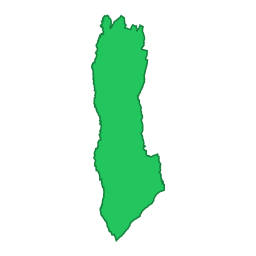 the district of Gianyar, Bali, Indonesia
{"feature_id": "22746128B44616450347238", "entity_name": "Gianyar", "entity_type": "district", "adm_level": 2, "iso_a3": "IDN", "parent_name": "Indonesia", "parent_adm1": "Bali", "projection": "equal_earth", "projection_center": [115.288, -8.482], "detail": "fine", "context": "isolated", "style": "filled", "palette": "green", "viewbox_px": 256, "rotation_deg": 0, "n_neighbors": 0, "source": "geoboundaries", "source_scale": "gbopen_adm2", "svg_char_len": 5739}
<svg xmlns="http://www.w3.org/2000/svg" viewBox="0 0 256 256"><path d="M100.2,209.2L100.3,210.4L100.7,210.8L100.6,212.8L101.4,215.3L101.7,215.8L102.3,215.8L103.5,218.4L104.5,219.3L104.6,219.9L104.9,220.5L105.3,221.0L105.9,221.0L106.3,222.2L106.9,222.4L106.8,223.4L107.2,224.6L107.1,226.0L108.5,228.2L109.2,231.2L109.9,231.8L110.5,231.7L111.3,232.1L111.3,232.9L112.0,234.9L113.6,234.9L114.2,234.6L115.2,236.9L116.3,240.6L119.2,237.5L121.8,235.7L122.3,234.7L124.2,233.1L124.9,231.6L126.4,230.2L126.8,229.4L128.1,228.6L128.3,227.6L129.8,225.6L130.2,223.6L132.0,221.5L134.1,219.8L137.1,218.1L138.0,217.1L139.0,217.0L140.0,216.2L140.1,214.6L140.5,213.8L141.1,213.3L142.1,211.2L145.3,208.1L147.6,206.8L148.8,205.3L152.0,203.4L152.7,201.8L153.6,201.0L153.9,198.8L154.6,197.1L156.5,194.4L158.0,193.0L160.1,191.6L164.1,190.3L164.2,189.5L164.2,184.6L163.9,184.4L163.7,184.9L163.4,184.6L163.3,182.5L162.5,183.0L162.9,182.1L162.8,181.4L162.3,181.6L161.6,181.2L161.3,181.6L161.5,180.3L162.0,180.2L161.8,179.7L161.5,179.7L161.6,178.8L161.1,178.4L161.0,176.7L160.7,176.4L161.1,175.8L160.8,175.6L160.9,175.0L160.5,173.9L160.6,173.5L160.1,173.3L160.0,172.9L159.4,172.6L159.1,172.0L159.2,171.7L159.9,171.6L160.6,170.3L160.6,169.8L160.0,168.8L160.4,167.5L159.9,166.5L160.3,166.2L160.2,165.9L160.7,164.7L160.2,163.1L159.6,162.7L159.4,162.1L159.0,161.7L158.9,156.5L157.7,155.8L157.6,154.2L153.8,155.5L151.2,156.8L149.9,156.7L148.9,155.7L147.0,155.9L146.8,155.1L146.1,154.5L146.0,154.0L146.4,153.0L146.1,152.2L146.3,150.7L145.3,150.4L144.8,150.5L144.4,149.7L143.4,148.9L143.7,147.1L145.1,146.5L144.8,145.7L143.7,145.5L143.6,144.2L143.9,143.4L143.2,139.6L142.6,139.1L142.5,136.3L142.1,135.1L141.0,134.0L141.3,133.7L141.7,132.5L142.3,131.6L142.8,129.9L142.6,128.4L142.8,128.0L142.5,127.5L142.7,126.8L142.7,125.0L142.0,122.1L141.4,120.9L141.3,119.4L142.1,118.6L142.5,116.9L142.1,115.0L141.5,114.5L141.4,111.6L140.6,110.7L141.2,108.2L140.9,106.5L139.2,103.1L139.4,102.2L139.3,100.3L138.0,99.6L138.3,98.9L137.8,97.9L138.1,97.3L137.7,96.6L137.6,95.9L138.0,95.5L138.3,96.0L138.5,95.7L139.1,93.8L140.3,92.5L140.4,91.1L141.6,89.3L142.1,87.5L142.5,87.4L142.5,86.3L143.2,85.3L143.5,83.4L144.3,82.7L144.4,80.4L144.1,79.4L144.6,79.1L144.1,75.5L144.7,73.7L144.7,72.7L145.3,71.9L145.1,71.2L145.3,69.9L145.8,69.0L146.2,67.6L146.2,66.7L146.6,66.0L147.2,63.1L147.4,59.9L146.2,59.9L145.5,58.2L146.9,55.7L147.2,50.7L141.7,49.4L141.7,48.1L142.1,47.9L142.9,46.4L143.3,46.3L144.0,45.1L143.7,44.6L143.7,43.2L144.1,43.2L144.2,42.9L143.8,42.4L143.8,41.3L143.9,40.2L144.4,39.9L144.4,36.8L143.8,35.7L143.8,34.9L143.1,32.8L142.5,31.9L142.5,28.9L143.1,26.8L140.1,25.2L140.1,26.0L139.4,26.9L139.2,27.8L138.3,29.0L137.7,29.4L137.3,30.7L136.9,30.8L137.0,29.0L136.2,27.6L136.5,26.1L134.7,25.9L133.0,24.9L131.9,26.1L131.3,27.4L130.9,29.4L128.9,29.2L126.4,28.1L124.9,27.9L125.2,26.7L126.1,25.2L124.4,23.3L124.7,23.0L124.7,21.9L124.2,19.3L124.3,17.9L121.1,15.7L119.9,17.6L118.3,18.5L117.7,19.5L117.0,19.7L116.1,20.9L114.5,21.4L113.5,23.8L112.5,25.0L112.3,26.0L111.6,26.6L111.1,27.8L110.5,28.3L110.2,28.2L110.2,27.4L111.0,24.6L111.2,22.7L111.1,21.1L110.5,19.1L109.1,18.0L108.5,16.5L108.6,16.3L107.9,16.2L107.4,15.4L105.9,16.1L104.6,15.9L104.6,16.3L103.6,17.0L103.4,18.0L102.8,18.2L102.6,19.0L103.5,20.1L102.8,21.0L101.6,21.1L102.0,22.5L102.4,22.8L102.4,23.4L101.7,24.3L101.9,25.0L101.0,25.0L100.4,25.8L101.3,27.1L102.2,27.1L102.4,27.5L103.1,28.0L103.1,28.3L102.6,28.8L102.7,29.2L102.9,30.6L103.3,31.1L103.4,31.8L103.7,32.0L103.0,32.7L103.1,33.5L102.9,33.8L103.1,34.2L102.5,34.0L101.8,34.4L101.7,33.8L101.3,33.7L100.9,35.2L100.5,34.9L99.8,35.2L99.8,35.6L100.1,35.7L100.2,37.1L99.4,37.1L98.9,37.8L99.0,38.6L98.4,39.6L98.4,40.5L97.8,40.9L97.8,41.2L98.2,41.5L98.0,42.1L97.4,43.0L97.4,43.8L96.8,44.1L96.2,45.0L96.6,47.2L97.3,47.6L97.3,49.2L97.5,49.7L97.2,50.8L96.4,51.3L95.7,52.8L96.3,52.7L96.3,54.1L96.7,54.7L96.5,55.4L96.7,56.0L96.3,56.8L96.2,57.7L95.1,58.9L95.2,59.4L94.8,60.4L95.1,61.1L94.8,62.5L93.4,62.4L93.2,63.7L92.7,63.8L91.9,65.4L92.2,65.8L91.8,66.7L91.8,67.6L92.4,68.3L92.4,69.2L92.6,69.5L93.1,69.5L93.2,69.8L93.0,71.1L93.3,71.8L93.1,72.6L93.3,73.5L92.9,74.4L93.5,75.3L93.2,77.6L93.6,78.1L93.0,79.2L93.6,79.7L93.6,80.3L94.1,80.8L93.7,81.2L93.5,83.8L93.6,84.2L94.1,84.4L94.5,85.8L94.3,87.1L94.8,88.0L94.4,90.5L95.7,91.6L95.8,92.6L95.3,93.1L95.3,94.9L94.8,95.5L95.2,96.3L95.2,97.1L94.9,97.8L94.3,98.0L94.5,99.6L94.1,101.5L94.4,102.5L94.0,103.3L94.4,103.9L94.7,105.6L94.9,105.6L95.0,104.8L95.5,105.5L95.5,105.8L94.9,106.3L94.8,106.9L96.4,108.4L96.2,109.7L96.9,110.0L96.8,111.2L97.2,111.7L97.3,112.5L98.4,113.1L98.3,114.1L98.7,115.3L99.3,116.0L99.8,116.1L100.3,117.0L99.7,117.9L100.4,119.6L99.7,120.6L100.2,121.2L101.2,121.5L101.1,121.8L100.3,121.9L100.5,123.0L99.9,123.3L99.9,123.9L100.1,124.5L100.7,124.3L101.5,125.5L101.1,126.8L100.9,129.2L99.9,130.9L100.1,131.8L100.6,131.2L100.8,132.0L100.1,133.8L99.2,134.6L99.3,135.1L99.9,135.4L100.0,137.4L100.6,137.6L100.4,139.3L100.7,140.0L99.2,140.3L98.0,142.3L98.1,143.8L98.3,144.0L97.9,145.3L98.3,146.1L97.7,146.9L97.7,147.8L97.1,148.6L96.5,148.2L95.7,148.7L96.0,149.1L95.5,149.8L95.1,151.2L94.5,152.2L94.4,154.5L95.0,154.9L95.0,155.7L94.0,157.1L94.1,158.5L94.7,158.8L94.9,159.3L95.6,159.8L94.8,163.7L94.7,165.8L95.5,166.3L95.9,166.2L96.2,170.2L96.6,170.2L96.6,170.6L97.3,170.5L98.2,171.4L98.4,172.4L98.7,172.3L99.1,173.9L99.5,174.2L99.9,177.3L99.8,179.9L101.6,179.2L101.5,182.1L101.9,182.7L101.6,183.0L102.2,184.9L102.3,186.2L102.6,187.0L102.9,186.9L102.9,187.4L103.7,187.4L103.6,189.0L103.8,189.1L104.0,192.8L103.7,195.9L103.9,197.2L103.1,198.5L102.6,200.2L102.5,201.6L102.2,204.6L101.9,204.6L102.0,205.0L101.8,205.0L101.7,206.3L101.3,206.2L101.1,206.6L101.3,207.8L100.5,207.9L100.2,209.2Z" fill="#22c55e" stroke="#15803d" stroke-width="1.5"/></svg>